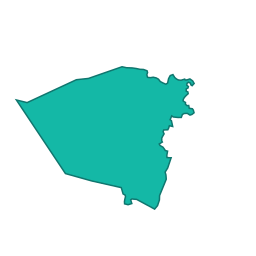 Hilir Perak, Perak, Malaysia (Robinson projection), rotated 148°
{"feature_id": "92858781B22545917435133", "entity_name": "Hilir Perak", "entity_type": "district", "adm_level": 2, "iso_a3": "MYS", "parent_name": "Malaysia", "parent_adm1": "Perak", "projection": "robinson", "projection_center": [100.994, 4.019], "detail": "fine", "context": "isolated", "style": "filled", "palette": "teal", "viewbox_px": 256, "rotation_deg": 148, "n_neighbors": 0, "source": "geoboundaries", "source_scale": "gbopen_adm2", "svg_char_len": 1536}
<svg xmlns="http://www.w3.org/2000/svg" viewBox="0 0 256 256"><g transform="rotate(148 128 128)"><path d="M54.0,139.4L57.7,140.4L59.7,141.9L60.8,143.6L61.6,146.0L61.6,149.5L64.4,150.1L66.0,149.2L67.5,148.3L70.6,145.1L72.7,145.1L74.5,147.7L76.0,150.3L76.3,153.3L77.6,155.6L79.7,157.7L82.3,158.8L84.6,160.6L83.8,163.2L82.0,164.7L81.5,166.4L83.8,169.4L86.7,171.4L89.5,174.1L92.6,176.7L97.3,179.9L100.6,183.1L135.3,191.0L146.2,196.3L200.1,203.0L207.4,210.5L207.8,210.9L205.2,122.5L186.7,102.2L165.3,81.0L167.1,74.7L166.0,72.6L166.5,71.1L168.5,69.2L170.0,67.5L171.1,65.5L168.6,62.9L164.8,61.9L163.8,65.7L162.2,65.7L160.7,64.5L158.5,62.9L148.4,45.1L144.1,46.5L139.5,50.3L137.0,54.0L124.2,63.2L122.7,64.3L121.9,65.8L120.7,68.1L119.9,70.9L118.1,71.8L115.6,73.0L107.2,79.9L108.6,80.8L110.6,82.3L109.6,84.2L106.7,87.4L108.3,89.1L108.3,90.2L108.5,93.2L110.1,96.2L110.0,97.9L106.3,97.9L106.2,99.2L104.7,101.6L103.0,102.6L100.5,103.9L100.2,106.3L98.7,107.4L95.2,105.4L93.4,106.5L91.7,108.0L89.3,105.6L87.3,111.2L87.9,112.7L84.5,115.1L83.8,113.4L80.0,110.4L77.2,108.7L74.8,110.6L72.9,110.6L71.5,109.9L69.9,108.9L68.6,106.1L66.6,105.6L63.9,105.9L63.1,108.6L63.2,110.2L65.6,112.3L64.6,114.9L66.1,115.7L66.7,117.7L65.7,119.2L66.4,120.4L66.9,121.9L65.9,123.0L64.7,123.7L63.1,124.3L61.1,124.8L58.8,125.2L58.1,126.9L59.1,128.4L57.9,130.3L56.0,130.1L54.8,131.2L55.5,133.1L54.3,134.6L52.6,134.8L51.3,133.1L51.8,131.2L51.2,129.9L48.3,130.7L48.2,133.7L49.5,136.8L52.6,137.6L54.1,138.5L54.0,139.4Z" fill="#14b8a6" stroke="#0f766e" stroke-width="1.5"/></g></svg>